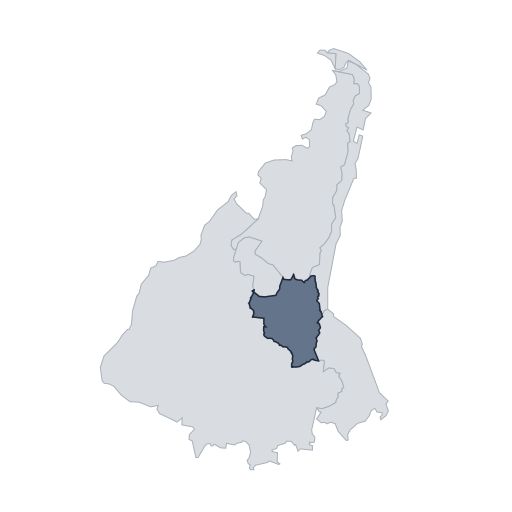 Bolivia highlighted among its neighbors, rotated 185°
{"feature_id": "BOL", "entity_name": "Bolivia", "entity_type": "country or territory", "adm_level": 0, "iso_a3": "BOL", "parent_name": "South America", "parent_adm1": "", "projection": "robinson", "projection_center": [-65.153, -16.301], "detail": "fine", "context": "with_neighbors", "style": "filled", "palette": "slate", "viewbox_px": 512, "rotation_deg": 185, "n_neighbors": 5, "source": "natural_earth", "source_scale": "50m", "svg_char_len": 10965}
<svg xmlns="http://www.w3.org/2000/svg" viewBox="0 0 512 512"><g transform="rotate(185 256 256)"><path d="M193.5,449.4L198.3,457.6L205.2,461.7L212.5,463.4L210.2,466.7L205.2,467.0L202.6,464.7L193.8,464.5L193.5,449.4ZM257.1,293.2L253.7,306.1L253.6,313.1L252.3,314.7L251.3,323.0L258.6,329.0L257.6,333.9L261.2,336.9L260.8,340.4L254.9,349.4L246.3,353.2L234.6,354.6L228.3,353.9L229.5,358.1L228.2,363.4L229.2,366.9L225.8,369.4L219.9,370.3L214.4,367.8L212.2,369.6L213.0,376.6L216.8,378.7L219.9,376.5L221.6,380.1L216.4,382.3L211.8,386.6L211.0,393.6L209.7,397.4L204.4,397.4L200.1,400.9L198.5,406.1L204.0,411.2L209.3,412.5L207.4,418.7L201.0,422.6L197.6,430.7L192.7,433.4L190.5,436.6L192.4,443.6L196.0,447.5L175.9,445.2L173.5,441.2L173.4,436.2L169.9,436.6L167.8,434.2L167.0,426.9L171.1,423.9L172.7,419.5L171.9,416.0L174.6,410.1L176.3,401.0L175.6,396.9L178.0,395.6L177.3,393.0L174.7,391.6L176.4,388.7L173.8,386.0L172.2,377.9L174.5,376.5L173.3,368.0L175.8,354.6L179.2,352.0L177.3,345.1L177.1,338.7L181.5,334.1L181.2,328.2L184.5,321.3L184.4,314.8L182.8,313.5L179.9,301.3L183.5,294.0L182.8,287.2L184.9,280.7L188.8,274.1L193.0,269.7L191.2,267.0L192.4,264.7L192.1,252.9L198.8,249.4L200.8,242.1L200.1,240.3L205.2,233.9L213.1,235.6L216.7,240.7L219.1,235.1L226.1,235.4L238.2,248.4L243.2,249.5L250.6,254.7L256.8,257.5L257.6,260.6L251.5,271.3L264.3,274.3L269.1,273.2L274.7,267.8L275.8,261.5L278.8,260.2L281.8,264.3L281.5,269.9L272.2,276.7L257.1,293.2Z" fill="#d9dde1" stroke="#a8b0b8" stroke-width="1"/><path d="M193.5,449.4L193.8,464.5L202.6,464.7L200.9,467.4L196.5,469.4L181.5,465.8L169.3,458.4L161.6,450.8L180.7,459.1L183.3,456.0L184.9,451.4L189.7,448.6L193.5,449.4ZM184.7,203.9L187.7,208.7L188.6,213.8L191.8,216.8L189.9,223.6L193.2,231.5L195.7,241.3L200.1,240.3L200.8,242.1L198.8,249.4L192.1,252.9L192.4,264.7L191.2,267.0L193.0,269.7L188.8,274.1L184.9,280.7L182.8,287.2L183.5,294.0L179.9,301.3L182.8,313.5L184.4,314.8L184.5,321.3L181.2,328.2L181.5,334.1L177.1,338.7L177.3,345.1L179.2,352.0L175.8,354.6L173.3,368.0L174.5,376.5L172.2,377.9L173.8,386.0L176.4,388.7L174.7,391.6L177.3,393.0L178.0,395.6L175.6,396.9L176.3,401.0L174.6,410.1L171.9,416.0L172.7,419.5L171.1,423.9L167.0,426.9L167.8,434.2L169.9,436.6L173.4,436.2L173.5,441.2L175.9,445.2L193.8,447.1L189.1,447.1L181.8,451.2L181.2,457.5L179.0,457.7L173.0,455.5L159.8,446.9L157.9,442.6L159.2,438.7L156.2,434.2L154.9,422.5L156.8,415.8L162.4,410.5L153.9,408.5L158.9,402.4L160.3,390.9L166.6,393.3L169.0,378.8L165.2,377.0L163.7,385.7L160.1,384.7L162.9,361.8L165.4,357.0L163.6,350.1L162.8,342.2L165.3,341.9L172.4,319.3L174.7,308.7L173.1,298.1L174.8,292.3L173.9,283.6L177.3,275.0L181.8,230.8L179.9,209.3L183.1,207.5L184.7,203.9Z" fill="#d9dde1" stroke="#a8b0b8" stroke-width="1"/><path d="M281.6,318.3L280.1,314.3L282.9,310.9L279.6,306.1L269.1,297.7L266.8,297.9L261.0,292.4L257.1,293.2L272.2,276.7L281.5,269.9L281.8,264.3L278.8,260.2L275.8,261.5L278.0,253.3L278.1,249.4L275.9,248.1L273.6,249.2L271.3,248.9L270.2,239.7L269.1,237.6L265.0,235.7L262.5,237.1L256.1,235.7L256.6,226.1L254.8,222.2L256.8,220.8L256.2,216.7L257.9,213.6L259.1,208.1L257.7,203.7L254.3,201.7L253.7,198.9L254.6,194.8L242.8,194.5L240.5,186.3L242.3,186.2L240.8,177.0L237.2,174.9L233.3,175.0L226.6,171.5L224.1,168.9L217.2,167.7L210.4,161.4L210.8,148.6L202.7,149.8L194.0,155.3L192.6,157.5L184.8,157.0L181.3,158.2L178.5,157.4L178.9,146.7L173.8,150.9L168.3,150.7L165.9,146.9L161.8,146.5L163.1,143.5L159.6,139.2L157.0,132.8L158.7,131.5L158.6,128.5L162.4,126.5L161.7,122.7L163.3,120.2L163.8,116.9L170.9,112.1L176.8,109.7L182.4,110.0L185.4,87.6L184.4,83.5L181.6,80.9L181.6,75.8L185.2,74.6L186.4,75.4L186.6,72.7L183.0,71.9L182.9,67.5L195.1,67.7L197.1,65.2L200.1,71.7L201.2,70.8L204.7,74.5L209.5,74.1L210.7,71.9L217.9,69.1L218.7,66.1L223.1,64.1L222.8,62.6L217.5,62.0L216.9,52.8L214.1,51.0L215.3,50.3L224.8,53.0L226.6,51.3L238.1,47.6L240.4,44.9L239.5,42.9L242.8,42.6L244.2,44.2L243.4,47.3L245.6,48.4L247.0,51.7L245.3,54.2L244.3,60.2L246.4,67.0L250.2,70.3L253.3,70.7L253.9,69.3L258.7,67.7L260.8,65.9L269.1,66.8L269.3,61.9L274.7,61.8L281.0,64.8L283.0,62.8L284.3,63.1L285.2,65.1L288.2,64.6L290.6,61.9L296.1,50.3L298.3,49.9L303.4,66.2L306.7,67.4L306.9,72.2L302.2,78.1L304.2,80.2L315.2,81.3L315.4,88.4L320.1,83.7L338.3,90.6L341.4,94.7L340.3,98.7L347.6,96.5L359.7,100.2L369.0,99.9L378.2,105.8L386.1,113.7L390.9,115.7L396.2,116.0L398.4,118.3L401.4,131.5L398.7,143.2L386.4,157.7L382.3,165.6L377.5,171.8L376.0,171.9L374.1,177.1L374.2,190.4L371.2,205.9L369.2,208.7L367.8,218.1L361.2,227.4L359.9,234.7L354.8,237.7L353.2,242.0L346.6,241.9L336.9,244.7L332.5,247.8L325.7,249.9L318.3,255.5L312.9,262.5L311.9,267.8L312.7,271.7L309.8,282.3L305.5,286.2L298.3,298.6L288.7,307.5L285.7,314.2L281.6,318.3Z" fill="#d9dde1" stroke="#a8b0b8" stroke-width="1"/><path d="M182.4,110.0L176.8,109.7L170.9,112.1L163.8,116.9L163.3,120.2L161.7,122.7L162.4,126.5L158.6,128.5L158.7,131.5L157.0,132.8L159.6,139.2L163.1,143.5L161.8,146.5L165.9,146.9L168.3,150.7L173.8,150.9L178.9,146.7L178.5,157.4L181.3,158.2L184.8,157.0L190.2,168.4L188.9,170.8L188.5,181.8L186.1,185.3L187.2,187.9L185.8,190.3L188.5,196.2L183.1,207.5L179.9,209.3L173.7,205.2L173.2,202.3L160.9,195.2L144.9,183.2L142.3,177.3L143.2,175.3L137.9,166.0L121.1,130.5L111.7,123.0L113.7,119.9L110.6,113.1L112.6,108.2L117.5,103.7L118.3,106.6L116.5,108.3L116.7,110.9L121.8,111.1L124.4,114.7L127.9,111.8L129.1,107.0L132.9,100.9L140.4,98.1L147.2,90.7L149.1,86.1L148.2,80.7L149.9,80.0L158.9,88.5L162.6,96.0L167.3,96.8L170.7,95.0L172.9,96.2L176.7,95.6L181.5,98.9L177.5,106.1L179.3,106.3L182.4,110.0Z" fill="#d9dde1" stroke="#a8b0b8" stroke-width="1"/><path d="M254.7,220.0L256.6,226.1L256.1,235.7L262.5,237.1L265.0,235.7L269.1,237.6L270.2,239.7L271.3,248.9L273.6,249.2L275.9,248.1L278.1,249.4L278.0,253.3L274.7,267.8L269.1,273.2L264.3,274.3L251.5,271.3L257.6,260.6L256.8,257.5L250.6,254.7L243.2,249.5L238.2,248.4L227.1,236.9L229.5,228.4L229.7,224.6L232.6,218.4L243.4,216.3L249.1,216.4L254.7,220.0Z" fill="#d9dde1" stroke="#a8b0b8" stroke-width="1"/><path d="M185.2,203.3L185.2,203.0L185.1,202.5L184.8,202.1L184.5,201.9L184.3,201.5L184.5,201.2L185.2,200.5L185.6,200.4L185.7,200.1L185.9,199.8L186.6,198.8L187.1,198.1L187.5,197.7L187.9,197.5L188.2,197.2L188.0,196.5L188.1,196.1L188.2,195.8L188.7,195.5L189.1,195.2L189.2,194.9L188.8,194.6L188.0,194.2L187.4,194.3L187.1,194.0L186.9,193.8L185.8,190.8L185.6,190.2L185.7,189.9L186.4,188.5L186.7,188.0L187.2,187.3L187.1,187.0L186.2,185.9L185.9,185.4L185.9,184.8L186.0,184.2L186.5,183.8L186.7,183.3L186.8,182.8L187.0,182.6L187.2,182.3L187.5,181.9L187.9,181.5L188.1,181.2L188.2,180.4L188.4,180.2L188.9,180.0L189.0,179.8L188.9,179.2L188.6,178.7L188.4,178.4L188.0,177.0L187.7,176.3L187.9,176.1L188.1,175.7L188.3,175.0L188.4,174.2L188.3,171.2L188.3,170.7L188.6,170.2L189.0,169.8L189.3,169.6L189.7,169.3L189.6,168.7L189.8,168.4L190.1,168.0L189.3,166.3L188.5,164.9L187.9,163.6L187.1,162.0L186.5,161.0L185.9,159.7L185.3,158.6L184.5,157.0L185.2,157.0L186.7,157.1L188.1,157.3L189.1,157.5L189.5,157.7L189.5,158.1L189.8,158.2L190.1,158.2L190.5,158.1L191.2,157.8L191.9,157.5L192.4,157.2L192.7,156.9L193.3,155.9L193.9,155.3L194.4,155.1L195.3,155.0L195.6,155.2L196.0,155.1L196.4,154.5L196.9,153.9L197.9,153.1L198.5,152.8L198.8,152.5L199.3,152.5L199.8,152.2L202.2,150.1L203.2,149.6L203.8,149.5L204.3,149.4L205.1,149.1L207.2,148.8L208.6,148.7L209.0,149.0L209.5,148.9L209.9,148.4L210.2,148.3L210.5,148.3L210.8,148.8L211.0,149.4L210.9,149.8L210.9,150.5L211.1,151.3L211.0,152.1L210.5,153.1L210.2,153.5L210.2,153.9L210.2,154.4L210.4,155.4L210.9,156.6L210.9,157.5L210.6,158.2L210.5,158.7L210.5,159.1L210.6,159.4L210.8,159.6L210.9,159.9L210.9,160.5L211.2,161.0L211.7,161.5L211.9,161.9L211.8,162.4L211.8,162.7L211.9,162.8L212.1,162.7L212.4,162.6L212.7,163.2L212.8,163.4L212.9,163.9L213.0,164.3L213.5,164.5L214.0,164.7L214.3,164.9L214.9,165.5L215.4,165.9L216.0,166.2L216.2,166.7L216.5,167.5L217.6,167.9L218.8,168.0L219.5,168.2L220.5,167.8L221.1,167.8L221.7,168.1L222.0,168.3L222.5,168.7L223.2,169.2L223.8,169.4L224.2,169.1L224.6,169.0L224.9,169.2L225.1,169.7L225.2,170.1L225.6,170.4L226.4,171.2L226.8,171.5L227.3,171.5L228.3,172.0L229.3,172.4L229.9,172.5L230.4,172.4L230.8,172.6L230.9,173.2L231.9,174.4L232.3,174.8L232.8,175.2L234.1,175.2L234.5,175.3L235.1,175.2L236.9,175.0L237.2,175.0L238.2,175.5L239.4,176.2L240.2,176.8L240.7,177.1L241.0,177.6L241.3,178.1L241.4,178.7L241.2,179.3L241.0,179.5L240.9,179.9L241.0,180.4L241.4,180.9L241.6,181.5L241.8,182.6L242.0,182.9L242.1,186.3L241.4,186.3L240.2,186.3L240.6,186.6L241.5,187.9L242.3,189.0L242.4,190.9L242.5,192.0L242.6,193.6L242.7,194.6L244.8,194.7L247.3,194.8L250.2,194.9L252.8,195.0L253.0,195.0L253.5,194.9L253.8,194.7L254.0,194.7L254.0,195.1L253.9,195.6L253.9,196.2L253.2,197.3L253.1,197.7L253.2,199.1L253.5,200.3L253.6,201.4L253.9,201.8L254.8,202.3L256.1,203.4L256.6,203.5L257.1,203.4L257.3,203.8L257.4,204.5L258.1,206.5L258.5,207.7L258.7,208.1L259.1,208.4L259.0,208.5L258.7,208.6L258.6,208.8L258.2,210.2L257.6,212.0L257.3,213.3L257.6,213.3L257.6,213.7L257.7,214.2L257.3,214.3L257.1,214.5L256.7,215.5L256.1,216.9L255.4,218.3L255.1,219.2L255.7,219.8L256.7,220.8L256.5,221.1L256.1,221.3L255.7,221.4L255.4,221.8L255.3,222.0L254.9,222.1L255.0,221.0L254.9,219.9L254.8,219.7L253.0,218.5L251.3,217.4L249.2,215.9L246.4,216.0L243.6,216.0L240.8,216.7L238.2,217.3L236.9,217.6L234.3,218.2L232.8,218.5L232.4,219.6L231.8,221.4L231.2,222.4L230.6,223.4L229.6,224.9L229.6,226.8L229.6,228.5L228.9,230.9L228.3,233.0L227.8,235.0L227.4,236.4L227.3,236.8L227.2,236.6L226.7,236.2L226.3,235.5L226.2,235.1L223.5,235.1L221.0,235.1L220.8,235.3L220.4,235.3L220.1,235.1L219.9,235.2L219.5,235.3L219.2,235.6L218.2,237.7L217.8,238.6L217.4,239.4L217.2,240.7L217.0,241.0L216.7,240.5L216.3,239.2L216.1,238.5L215.8,237.7L215.3,236.7L214.8,236.4L214.4,236.3L213.9,236.1L213.0,235.9L212.6,235.8L210.0,235.8L209.8,235.8L208.7,235.9L208.2,235.8L207.7,235.2L206.5,234.3L206.2,233.9L205.8,233.7L205.5,233.7L205.3,233.9L205.1,234.7L204.9,235.5L204.6,235.9L203.7,236.2L202.9,236.6L202.5,236.6L202.2,237.0L202.1,237.5L201.9,238.0L200.8,238.7L200.5,239.0L200.4,239.7L199.7,240.6L199.5,240.9L198.5,241.1L197.2,241.4L196.4,241.4L195.9,241.3L195.7,241.2L195.4,240.9L195.3,240.6L195.3,240.3L195.4,239.6L195.3,238.6L194.9,237.5L195.0,237.1L194.9,236.5L194.7,235.5L194.1,235.0L194.0,234.1L193.9,233.4L193.5,232.4L193.4,231.2L193.4,230.2L192.7,229.0L191.9,227.7L191.3,227.5L191.2,227.3L191.1,227.0L191.1,226.4L191.1,226.1L191.6,225.5L191.6,225.4L190.3,224.5L190.0,224.2L189.9,223.9L189.9,223.6L190.2,223.4L190.3,223.2L190.0,222.6L190.1,222.0L189.9,221.8L189.9,221.6L190.1,221.5L190.9,221.3L191.1,220.7L191.1,220.3L191.0,220.0L190.3,219.1L190.2,219.0L191.0,217.9L191.5,217.1L191.6,216.8L191.5,216.6L191.2,216.3L190.7,216.0L190.3,215.6L189.9,215.1L189.2,214.6L188.8,214.1L188.6,213.7L188.6,213.3L188.5,212.6L188.2,211.5L188.1,210.7L188.0,209.9L187.8,209.4L187.8,208.8L187.6,208.3L187.4,207.9L187.6,207.6L187.8,207.3L187.8,207.2L186.6,206.6L186.4,206.4L186.1,205.2L185.3,204.1L185.2,203.3Z" fill="#64748b" stroke="#1e293b" stroke-width="1.5"/></g></svg>